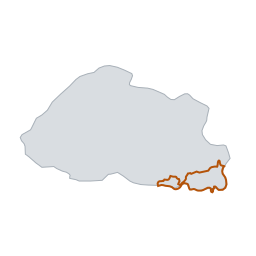 Samdrup Jongkhar on a map of Bhutan (Robinson projection), rotated 8°
{"feature_id": "BTN-2492", "entity_name": "Samdrup Jongkhar", "entity_type": "District", "adm_level": 1, "iso_a3": "BTN", "parent_name": "Bhutan", "parent_adm1": "", "projection": "robinson", "projection_center": [91.574, 27.008], "detail": "fine", "context": "in_parent", "style": "outline", "palette": "amber", "viewbox_px": 256, "rotation_deg": 8, "n_neighbors": 0, "source": "natural_earth", "source_scale": "10m", "svg_char_len": 3017}
<svg xmlns="http://www.w3.org/2000/svg" viewBox="0 0 256 256"><g transform="rotate(8 128 128)"><path d="M204.9,109.3L204.5,111.0L202.7,115.4L201.6,120.3L202.6,124.2L206.5,128.9L211.9,132.7L218.7,133.0L225.0,131.5L227.5,132.1L230.9,138.4L233.3,143.9L230.1,149.5L228.3,154.5L227.6,158.0L228.0,159.5L230.1,162.3L232.4,167.2L232.7,171.6L231.3,174.6L228.0,176.0L224.6,175.6L221.7,175.7L218.2,176.2L212.6,177.8L207.4,179.9L197.7,179.5L193.8,175.2L192.0,175.1L183.1,180.8L173.5,179.8L155.9,181.7L148.6,182.2L141.1,181.5L137.3,180.3L130.2,176.3L123.8,173.4L117.3,176.1L115.0,176.6L109.7,183.4L98.4,185.7L87.0,187.3L83.7,186.4L77.3,186.0L77.1,184.4L77.3,182.9L75.9,181.6L73.3,180.4L68.8,179.8L63.1,178.1L59.9,176.5L48.2,178.9L41.5,175.3L33.9,170.3L30.0,168.2L28.6,160.5L27.3,158.0L24.3,155.4L22.6,152.4L24.0,149.3L31.7,143.4L32.3,142.0L35.9,131.1L40.8,127.2L45.7,121.6L49.4,112.9L56.5,103.9L64.3,94.7L69.7,87.2L73.2,83.7L80.5,79.9L86.6,77.7L90.9,72.7L96.0,69.9L101.2,68.7L108.9,69.3L116.2,71.1L124.2,73.6L125.2,75.6L124.5,79.2L123.3,82.8L123.3,84.7L124.5,85.7L132.3,86.4L141.9,85.8L147.3,86.3L159.3,89.6L162.8,92.0L166.5,93.8L170.0,93.5L174.6,89.6L179.4,86.3L182.3,85.8L184.5,86.9L188.3,90.0L196.2,92.9L203.2,95.2L205.5,97.3L204.7,106.3L204.9,109.3Z" fill="#d9dde1" stroke="#a8b0b8" stroke-width="1"/><path d="M233.2,171.1L232.7,173.6L230.4,176.0L226.5,176.7L225.4,176.1L223.4,174.3L222.3,173.8L221.4,174.1L221.5,175.1L221.5,176.1L220.2,176.8L220.9,177.8L221.0,179.0L220.5,179.9L219.5,179.7L218.8,178.7L218.6,177.5L218.3,176.4L217.1,175.8L215.2,176.1L211.2,178.9L209.3,179.8L206.3,180.2L205.3,180.2L202.5,179.3L201.4,179.3L199.1,180.2L197.9,180.3L197.1,179.5L195.6,176.2L195.0,175.3L194.1,175.0L191.6,174.8L190.7,175.0L189.6,175.8L188.9,176.9L188.4,178.3L187.7,179.6L186.8,180.5L185.9,181.2L184.8,181.7L183.8,182.0L182.5,182.0L181.6,181.6L179.7,180.4L177.5,179.9L173.1,180.0L170.8,179.7L169.0,179.8L165.9,181.2L165.1,179.1L165.1,178.8L165.1,178.5L165.3,178.0L165.4,177.6L165.7,177.0L166.2,176.7L166.5,176.4L169.3,175.8L170.1,175.3L170.5,175.4L171.2,174.0L174.2,173.9L175.3,173.4L176.0,172.3L176.7,169.6L177.5,169.7L179.3,169.9L181.8,169.6L182.4,169.7L182.7,169.9L183.1,170.6L183.6,171.0L184.2,171.4L185.6,171.5L186.4,173.3L186.4,173.6L186.3,174.0L186.1,174.3L185.5,176.5L187.3,177.2L188.1,176.8L188.7,175.5L189.3,174.8L189.8,174.3L190.5,173.6L191.3,172.6L192.2,171.0L192.4,170.4L192.4,170.0L192.2,169.0L192.2,168.2L192.4,167.7L193.5,165.5L193.6,164.8L196.0,164.0L196.9,164.6L197.0,164.6L202.0,161.6L204.9,162.2L213.4,159.1L214.8,156.4L216.1,155.2L219.0,154.2L220.7,153.9L221.6,154.0L221.7,153.9L221.8,153.6L221.9,151.2L221.8,149.9L221.9,148.7L222.2,147.9L222.5,147.6L222.8,147.6L223.1,147.8L223.3,148.0L223.5,148.4L223.8,149.6L224.0,150.0L224.3,150.7L224.4,151.1L224.6,151.4L224.9,151.7L225.4,152.0L225.9,152.1L226.5,152.2L228.3,152.3L228.5,152.4L228.3,152.6L227.8,153.7L227.5,155.0L227.3,156.3L227.3,157.7L228.1,160.1L231.2,163.4L232.3,165.7L233.4,170.0L233.2,171.1Z" fill="none" stroke="#b45309" stroke-width="2"/></g></svg>